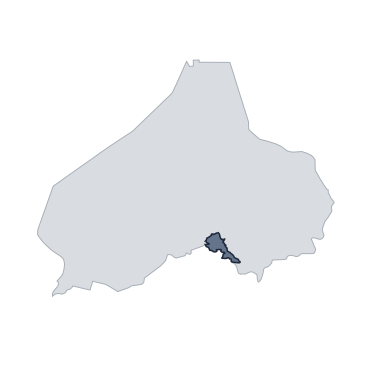 Khanaqin, Diyala, Iraq shown in context, rotated 104°
{"feature_id": "34846034B8709315351100", "entity_name": "Khanaqin", "entity_type": "district", "adm_level": 2, "iso_a3": "IRQ", "parent_name": "Iraq", "parent_adm1": "Diyala", "projection": "natural_earth1", "projection_center": [45.457, 34.523], "detail": "fine", "context": "in_parent", "style": "filled", "palette": "slate", "viewbox_px": 384, "rotation_deg": 104, "n_neighbors": 0, "source": "geoboundaries", "source_scale": "gbopen_adm2", "svg_char_len": 7117}
<svg xmlns="http://www.w3.org/2000/svg" viewBox="0 0 384 384"><g transform="rotate(104 192 192)"><path d="M156.9,60.4L159.5,59.7L164.4,55.6L167.3,51.8L168.3,51.5L170.8,52.8L172.6,53.1L176.9,51.7L179.4,52.4L181.5,53.4L182.7,53.4L188.3,55.8L189.7,56.1L192.7,56.4L197.0,56.5L199.8,55.0L201.8,53.5L203.2,53.5L204.6,53.9L205.7,54.5L206.7,55.6L207.1,57.2L206.9,62.3L207.3,63.6L208.1,64.6L209.1,64.8L210.3,63.7L212.3,62.1L214.9,60.3L216.8,58.7L217.9,58.1L219.6,58.2L221.3,58.5L222.2,59.2L222.2,59.5L223.1,61.9L225.3,70.8L226.6,71.9L228.0,72.9L229.1,74.2L229.5,75.6L229.3,77.6L229.4,80.0L230.0,81.9L230.8,83.3L231.6,84.0L232.8,84.0L234.2,84.4L235.1,85.8L238.1,96.0L238.4,97.3L239.6,97.7L241.7,97.5L243.8,98.6L246.1,100.2L248.2,103.3L249.7,103.8L254.2,103.4L260.3,103.9L263.2,105.5L262.9,106.4L260.7,107.5L256.8,108.8L255.7,111.0L255.0,113.9L255.1,115.5L256.1,117.2L258.9,120.7L259.0,122.0L259.5,123.7L260.0,124.9L259.5,127.3L257.0,128.9L253.7,130.6L247.0,138.4L246.5,140.1L246.6,144.7L245.9,146.0L243.8,146.0L242.2,145.7L242.1,147.3L241.0,149.5L240.4,151.4L242.9,155.8L243.3,158.1L242.9,160.2L240.7,163.9L239.3,166.4L239.7,166.9L241.4,167.9L246.9,176.0L248.7,178.8L251.0,178.1L251.9,178.1L252.6,178.6L253.0,179.5L253.0,180.8L252.4,182.6L255.4,183.3L256.5,185.2L259.9,191.4L259.8,193.3L258.1,196.3L258.1,198.3L258.5,200.0L259.0,200.6L264.2,200.9L266.3,201.6L271.6,204.8L277.7,209.8L282.7,213.8L286.9,217.3L291.4,217.0L292.7,217.6L293.8,218.7L295.1,221.6L297.7,228.0L300.0,230.1L303.4,235.2L306.6,240.0L304.5,246.6L302.5,253.4L302.6,262.1L302.6,266.8L307.0,267.0L311.8,267.3L311.9,272.9L311.9,278.6L312.0,285.0L313.5,285.3L315.7,286.7L316.7,288.8L317.9,289.9L319.4,290.1L320.9,291.1L322.3,293.0L322.8,294.4L322.5,295.4L322.8,297.1L323.8,299.5L325.0,300.7L326.9,302.1L324.4,302.9L321.6,302.2L315.6,299.4L313.7,299.3L311.2,300.4L311.1,301.4L304.9,298.2L302.6,297.5L301.8,297.5L298.2,297.5L293.1,298.1L290.1,299.4L288.0,300.7L287.1,302.1L286.7,302.8L285.1,306.8L283.3,311.9L281.3,316.4L277.6,322.9L275.5,325.9L270.9,331.4L266.1,332.5L254.7,331.4L242.1,330.2L229.6,329.0L220.3,328.1L219.6,327.8L210.4,319.9L203.2,313.7L194.1,305.9L184.9,297.9L175.5,289.9L168.8,284.0L160.5,276.5L153.1,269.6L147.2,264.2L139.6,259.5L133.7,255.8L125.1,250.4L118.2,246.0L112.3,242.4L103.3,236.7L100.3,235.1L90.9,233.2L82.0,231.6L72.7,230.0L66.6,228.8L70.7,224.8L69.5,221.2L66.5,221.9L63.8,222.7L62.2,217.1L64.4,216.4L62.5,209.0L60.7,201.4L58.9,194.1L57.1,186.6L64.9,181.8L70.8,178.2L79.1,173.2L87.0,168.4L94.5,163.8L102.8,158.7L110.2,154.2L117.0,152.3L118.4,150.9L121.6,144.7L124.3,139.4L124.4,138.2L124.5,130.7L125.1,121.8L126.0,117.1L127.6,113.0L129.0,109.9L129.2,107.1L129.0,104.2L127.7,99.9L126.2,95.3L126.5,90.9L126.8,88.6L127.7,84.9L129.4,82.1L131.1,80.4L137.5,78.7L141.2,77.6L146.3,72.8L149.3,69.9L153.6,65.4L156.6,62.0L156.9,60.8L156.9,60.4Z" fill="#d9dde1" stroke="#a8b0b8" stroke-width="1"/><path d="M228.5,163.0L229.4,162.6L229.7,162.9L230.1,163.3L230.7,163.7L231.3,164.4L231.9,164.9L232.6,165.7L233.3,166.5L233.9,166.4L234.4,166.4L234.8,166.5L235.3,166.6L235.9,166.9L236.1,167.0L236.0,166.7L236.0,166.4L236.5,166.2L236.8,166.2L237.1,166.1L237.3,165.7L237.6,165.1L237.7,164.9L237.8,163.9L237.8,163.4L237.9,163.2L238.0,163.0L238.3,162.9L238.5,162.9L238.7,163.0L238.8,163.2L238.8,163.4L238.9,163.8L239.0,164.1L239.0,164.4L239.2,164.7L239.3,165.0L239.5,165.4L239.6,165.8L239.7,166.0L239.8,166.1L239.8,166.3L240.1,166.1L240.5,166.0L240.7,165.8L240.9,165.4L241.0,165.3L241.1,165.2L241.3,165.1L241.5,165.0L241.5,164.9L241.5,164.7L241.6,164.3L241.6,164.2L241.7,163.9L241.6,163.7L241.5,163.3L241.6,163.2L241.7,162.9L241.9,162.8L242.1,162.6L242.1,162.4L242.3,162.1L242.4,161.9L242.5,161.7L242.9,161.6L243.0,161.6L243.3,161.4L243.4,161.2L243.6,161.1L243.9,161.0L244.2,160.8L244.3,160.6L244.3,160.4L244.3,160.2L244.1,159.8L244.0,159.4L244.0,159.1L244.1,158.8L244.2,158.4L244.3,158.2L244.4,157.6L244.6,157.2L244.7,156.9L244.7,156.4L244.7,156.1L244.6,155.5L244.5,154.9L244.2,154.4L243.9,154.0L243.7,153.7L243.3,153.6L243.1,153.6L242.8,153.6L242.6,153.7L242.6,153.8L242.4,154.0L242.3,154.3L242.2,154.3L242.2,154.2L241.9,153.9L241.9,153.6L241.8,153.4L241.6,153.0L241.5,152.8L241.5,152.6L241.4,152.4L241.4,152.1L241.3,151.8L241.2,151.5L241.2,151.2L240.9,150.7L240.8,150.1L240.9,149.9L241.1,149.7L241.3,149.5L241.5,149.5L241.8,149.8L242.0,149.8L242.2,149.7L242.4,149.6L242.6,149.6L242.7,149.4L242.9,148.9L243.1,148.6L243.2,148.0L243.2,147.6L243.1,147.4L242.9,147.0L242.8,146.7L242.8,146.4L242.9,146.0L243.0,145.5L243.1,145.4L243.3,145.3L243.5,145.3L243.7,145.5L243.9,145.8L244.2,146.2L244.5,146.4L244.9,146.6L245.4,146.7L245.5,146.7L245.8,146.6L246.1,146.5L246.3,146.6L246.8,146.6L247.0,146.5L247.3,146.5L247.6,146.5L247.8,146.6L248.0,146.8L248.4,147.1L248.5,147.1L248.8,147.1L248.9,146.8L248.9,146.6L248.9,146.4L248.9,146.2L248.9,145.8L248.8,145.6L248.7,145.2L248.6,144.7L248.6,144.3L248.6,144.1L248.5,143.8L248.4,143.4L248.3,143.0L248.1,142.8L247.9,142.6L247.9,142.4L247.9,142.2L247.5,141.8L247.3,141.5L247.1,141.4L247.0,141.0L247.0,140.8L247.2,140.5L247.3,140.2L247.3,139.9L247.5,139.7L247.8,139.4L247.9,139.2L247.7,138.8L247.6,138.5L247.6,138.3L247.6,138.1L247.7,137.9L247.9,137.7L248.2,137.5L248.5,137.3L248.8,137.3L249.0,137.4L249.4,137.4L249.6,137.3L249.8,137.1L250.0,137.0L250.1,136.8L250.2,136.6L250.3,136.1L250.2,135.7L250.1,135.4L250.1,135.1L250.1,134.9L250.2,134.6L250.3,134.6L250.1,134.1L250.0,133.8L249.9,133.6L249.9,133.2L250.0,132.8L249.8,132.5L249.7,132.1L249.7,131.9L249.7,131.5L249.7,131.1L249.7,130.9L249.6,130.7L249.5,130.1L249.4,129.5L249.2,129.1L249.1,128.7L248.9,128.6L248.7,128.4L248.4,128.4L248.1,128.4L247.8,128.9L247.6,129.4L247.3,130.0L247.2,130.2L246.9,130.4L246.5,130.6L246.3,130.7L246.1,131.0L246.2,131.3L246.1,131.8L246.0,132.0L245.8,132.2L245.7,132.5L245.8,133.2L245.8,133.5L245.7,134.0L245.5,134.4L245.3,134.8L245.3,135.1L244.9,135.4L244.5,135.7L244.1,136.0L243.9,136.2L243.7,136.5L243.5,136.8L243.2,137.2L242.9,137.5L242.8,137.9L242.6,138.4L242.6,138.5L242.4,138.8L242.3,139.0L242.1,139.7L241.9,140.0L241.5,140.4L241.4,140.5L241.3,141.4L241.1,142.0L241.0,142.6L240.9,143.1L240.8,143.5L240.6,143.7L240.1,143.7L239.9,143.8L239.4,144.0L238.9,144.2L238.7,144.2L238.4,144.2L238.1,144.4L237.8,144.6L237.6,145.1L237.1,145.9L236.8,146.1L236.5,146.2L236.2,146.6L235.9,147.0L235.7,147.2L235.3,146.6L235.0,147.2L234.7,147.7L234.6,147.9L234.6,148.0L234.3,148.2L233.9,148.4L233.7,148.9L233.5,149.5L233.4,149.7L233.4,149.8L232.2,149.5L231.0,149.2L230.2,148.9L229.7,149.0L229.8,149.3L230.9,149.8L231.2,150.1L230.7,150.2L231.0,150.7L230.8,151.0L230.6,151.2L230.5,151.3L230.4,151.4L230.4,151.5L230.5,151.7L230.8,151.8L230.8,152.1L230.7,152.3L230.4,152.6L230.1,153.0L229.8,153.2L229.4,153.5L229.2,153.6L228.4,154.1L228.1,154.4L227.9,154.5L227.7,154.5L227.3,154.5L226.8,154.9L226.5,155.1L226.2,155.3L225.6,156.0L225.1,156.6L225.4,157.0L225.7,157.4L225.9,158.4L226.6,159.1L227.1,159.6L227.3,160.0L227.7,160.2L227.9,160.4L227.9,160.7L227.8,161.0L227.7,161.4L227.6,161.6L227.7,161.8L227.9,161.9L227.9,162.0L227.9,162.4L227.9,162.6L228.1,162.7L228.2,162.8L228.4,163.0L228.5,163.0Z" fill="#64748b" stroke="#1e293b" stroke-width="1.5"/></g></svg>